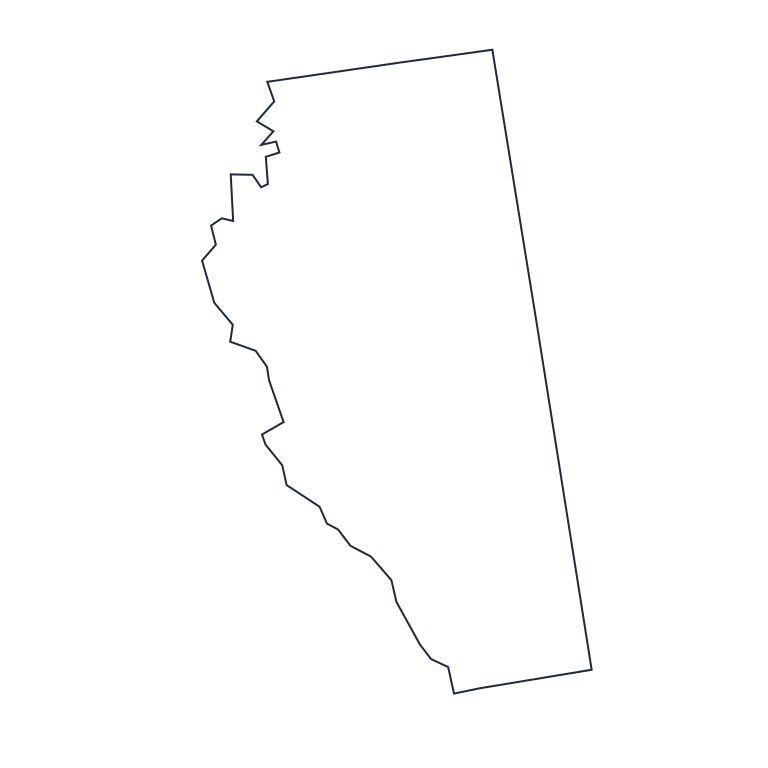 Adams, Wisconsin, United States of America, rotated 351°
{"feature_id": "52423323B52855808285855", "entity_name": "Adams", "entity_type": "district", "adm_level": 2, "iso_a3": "USA", "parent_name": "United States of America", "parent_adm1": "Wisconsin", "projection": "albers", "projection_center": [-89.891, 43.945], "detail": "fine", "context": "isolated", "style": "outline", "palette": "slate", "viewbox_px": 768, "rotation_deg": 351, "n_neighbors": 0, "source": "geoboundaries", "source_scale": "gbopen_adm2", "svg_char_len": 724}
<svg xmlns="http://www.w3.org/2000/svg" viewBox="0 0 768 768"><g transform="rotate(351 384 384)"><path d="M316.0,67.3L319.8,87.7L299.5,104.7L314.3,117.1L300.3,128.6L315.3,127.7L316.9,139.0L302.8,141.1L300.6,168.3L293.4,170.5L286.9,156.8L265.4,153.0L260.5,199.4L249.7,195.0L238.0,200.4L239.7,220.1L223.6,233.7L229.1,277.3L243.9,301.9L238.7,318.2L262.4,331.1L271.1,348.6L271.0,362.1L278.9,405.9L255.6,414.8L257.5,425.3L270.8,448.4L272.0,468.6L301.2,495.2L305.8,512.9L315.9,520.6L325.7,538.7L344.2,552.5L360.6,578.9L362.2,601.2L378.8,647.1L387.5,663.1L403.1,673.6L404.7,700.7L431.7,699.5L544.4,698.7L544.4,606.9L544.3,345.3L543.3,70.8L448.8,69.0L316.3,67.3L316.0,67.3Z" fill="none" stroke="#1e293b" stroke-width="2"/></g></svg>